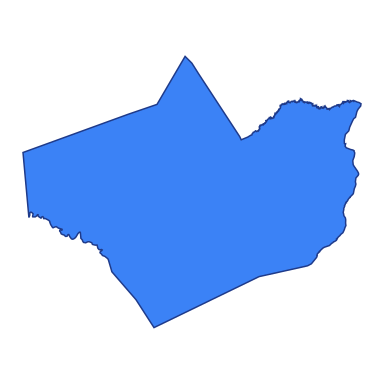 the district of Siavonga, Southern, Zambia
{"feature_id": "96606910B78484131600253", "entity_name": "Siavonga", "entity_type": "district", "adm_level": 2, "iso_a3": "ZMB", "parent_name": "Zambia", "parent_adm1": "Southern", "projection": "natural_earth1", "projection_center": [28.625, -16.409], "detail": "fine", "context": "isolated", "style": "filled", "palette": "blue", "viewbox_px": 384, "rotation_deg": 0, "n_neighbors": 0, "source": "geoboundaries", "source_scale": "gbopen_adm2", "svg_char_len": 5992}
<svg xmlns="http://www.w3.org/2000/svg" viewBox="0 0 384 384"><path d="M23.0,152.5L28.9,217.5L29.7,215.5L29.9,213.0L30.0,212.6L30.5,212.2L31.2,212.2L32.0,212.7L33.1,213.8L32.6,216.3L32.7,216.8L35.1,216.9L36.2,216.3L37.5,214.7L38.1,214.8L38.0,215.9L38.4,216.4L40.6,217.9L41.0,218.1L41.7,217.0L42.8,216.6L43.4,217.5L43.7,218.6L44.1,218.7L44.6,218.4L45.9,218.8L48.7,220.3L49.7,221.3L49.8,222.2L50.7,224.6L52.6,227.6L53.4,227.7L54.2,227.2L56.2,226.6L58.4,228.1L62.0,229.2L62.2,229.8L61.8,230.2L61.5,230.2L61.2,229.5L60.2,229.8L59.7,230.4L59.7,231.1L60.2,231.5L61.2,233.8L62.4,234.5L63.9,234.9L65.5,236.4L66.9,236.3L67.4,235.9L68.0,234.6L68.6,234.5L69.0,234.8L69.8,236.7L71.3,238.7L72.2,239.2L73.5,239.0L74.9,238.1L76.1,236.8L78.0,233.5L79.4,232.2L80.0,232.1L80.4,232.7L80.9,238.4L82.4,240.0L82.5,240.8L83.5,242.4L85.7,242.8L87.7,241.8L89.1,241.7L91.5,242.6L91.9,243.0L92.3,244.2L92.7,244.5L95.1,245.1L97.1,245.1L97.8,248.1L98.9,249.5L99.8,249.8L101.6,249.5L102.2,249.9L101.7,250.7L100.4,251.5L100.0,252.4L100.1,252.9L101.3,253.9L102.5,255.5L104.9,256.4L107.8,258.7L108.4,259.9L111.9,271.8L136.0,299.7L154.0,327.6L259.1,276.6L307.6,265.8L311.4,263.8L316.6,257.4L317.2,255.7L316.9,255.5L317.4,253.8L319.0,252.3L318.7,252.3L319.4,251.4L322.8,248.2L324.2,247.3L329.5,245.5L331.7,243.3L332.7,242.8L333.6,241.8L334.4,241.6L336.3,240.4L336.6,239.9L336.4,239.1L336.9,238.8L337.1,239.0L337.3,238.7L337.1,238.4L338.6,236.7L339.8,235.7L341.0,234.2L342.9,232.7L344.0,230.4L344.7,228.6L344.7,228.1L345.9,225.6L345.6,223.1L345.7,219.8L345.4,218.0L343.8,215.5L343.7,214.2L343.2,212.4L343.8,209.5L343.7,208.6L344.7,206.1L344.5,205.4L345.0,205.0L345.7,202.9L346.2,202.8L346.0,202.4L346.3,201.9L346.7,201.5L346.9,201.6L347.8,200.5L347.9,199.8L349.1,198.2L349.5,197.9L349.8,197.3L350.2,197.3L350.3,196.8L353.0,194.1L353.4,193.3L354.3,188.7L355.4,186.2L355.9,184.1L355.4,181.8L355.9,178.0L358.2,175.3L358.6,174.3L358.5,173.2L357.5,171.2L354.1,166.3L353.2,164.7L352.8,161.0L352.9,160.2L354.2,156.7L354.7,153.5L354.6,152.4L354.0,151.3L354.1,150.7L352.9,150.0L350.6,149.5L346.3,147.8L345.1,146.2L345.6,143.8L344.9,144.0L344.4,143.5L344.3,140.0L345.4,134.4L348.8,130.8L349.7,127.2L352.5,121.0L353.7,118.7L355.5,117.3L356.9,111.6L358.1,109.2L360.7,106.0L361.0,103.7L358.8,102.4L357.6,102.2L354.1,100.7L353.8,101.3L353.1,100.5L351.4,101.4L351.2,100.9L350.4,100.6L350.5,101.7L349.6,102.6L349.0,102.3L348.6,101.5L348.3,101.4L348.3,101.2L348.8,101.2L348.6,100.8L348.3,100.6L347.6,100.5L347.7,100.9L347.2,100.9L347.1,101.5L346.8,101.8L345.3,101.7L345.3,102.0L344.9,101.8L344.6,102.4L344.1,102.4L343.5,103.3L343.0,102.4L343.4,101.6L342.9,101.6L342.8,102.2L342.4,102.6L342.7,103.1L341.5,103.8L340.6,104.6L340.2,104.6L340.3,105.4L340.1,104.9L339.6,105.2L339.6,105.8L338.9,105.7L339.0,106.2L338.3,105.6L338.4,104.7L337.6,104.8L337.1,105.4L336.7,105.1L336.0,106.0L334.3,106.1L333.2,107.1L332.3,107.0L331.9,107.6L329.6,108.8L329.5,109.2L329.8,109.3L329.5,109.7L329.0,109.1L329.2,108.5L328.6,108.6L328.0,109.2L327.6,109.2L327.2,108.3L327.2,108.8L326.9,108.9L326.7,107.9L325.8,107.3L325.6,106.8L325.1,107.1L325.0,106.5L324.6,107.1L324.2,106.4L324.0,106.9L324.3,107.4L323.7,107.6L323.1,107.5L323.0,108.3L322.7,108.2L322.7,107.8L321.7,107.9L321.5,107.5L321.1,107.5L321.0,107.2L321.2,106.9L320.8,107.0L320.7,107.7L320.0,108.1L319.9,108.3L320.2,108.5L319.9,108.8L319.6,108.3L318.9,108.5L319.0,108.1L318.6,108.1L318.8,107.6L319.0,107.7L318.7,107.2L318.3,107.8L317.7,107.8L317.6,107.6L317.8,107.5L317.8,106.8L317.3,106.9L316.9,106.5L316.7,106.8L316.6,106.0L316.4,106.4L316.0,105.5L315.2,105.2L314.9,106.0L314.2,106.0L313.7,105.7L313.1,105.7L313.0,105.3L312.8,105.9L312.5,105.8L312.3,104.8L312.5,104.7L312.7,105.1L312.8,104.9L312.2,104.3L312.4,103.9L311.9,104.0L311.7,103.8L311.8,103.3L311.3,103.0L310.4,103.1L310.4,102.6L309.8,102.5L309.1,102.7L308.7,103.3L308.2,102.9L307.5,103.1L307.5,102.9L308.1,102.3L307.0,102.3L307.0,102.0L305.7,102.3L305.0,101.9L304.4,102.5L304.3,102.1L303.6,102.1L303.8,101.7L303.0,101.3L302.6,100.7L302.1,100.4L301.6,100.5L301.6,99.8L301.3,99.6L301.7,99.3L301.0,98.9L301.2,99.5L300.9,99.8L300.7,99.5L300.5,99.2L300.2,99.3L300.5,100.0L300.1,100.4L299.5,100.5L299.4,101.2L299.0,100.8L298.5,101.5L298.5,101.9L297.9,101.9L297.5,102.3L297.1,102.1L296.7,102.7L295.6,102.4L295.9,102.0L295.6,101.8L294.9,101.9L294.9,101.3L294.7,101.5L294.2,100.8L294.0,101.2L293.0,101.2L292.7,101.7L292.0,101.3L291.2,101.5L290.1,102.8L289.4,102.5L288.7,101.6L288.8,101.2L288.5,101.1L288.4,102.2L287.7,101.8L287.7,102.1L287.0,102.3L286.9,102.7L286.8,102.4L286.6,102.6L286.7,103.1L286.6,103.4L285.8,103.3L285.4,104.1L284.2,104.4L284.3,103.5L283.0,104.2L282.7,104.3L282.5,104.0L282.2,104.3L281.9,104.2L281.6,105.0L280.4,105.2L280.4,106.1L280.7,106.2L280.6,106.5L280.2,106.4L280.5,107.5L280.3,108.2L280.1,108.2L279.6,109.1L279.0,109.1L278.9,109.4L279.2,109.4L279.2,109.6L279.1,110.0L278.8,110.1L278.6,110.7L278.4,110.4L278.3,110.7L277.9,110.9L277.3,111.7L277.4,112.3L277.2,112.7L276.6,112.8L276.4,112.5L276.1,112.9L276.2,113.2L275.9,113.5L275.0,113.3L275.0,114.3L275.1,114.2L275.5,114.3L275.1,114.7L274.8,114.7L274.7,115.4L274.0,116.8L273.8,117.0L273.6,116.8L273.5,117.2L273.9,117.6L273.8,117.8L273.0,117.8L272.7,118.4L271.6,118.4L271.4,117.9L271.6,117.8L271.1,117.4L271.0,118.3L271.3,118.5L270.9,118.8L270.3,117.5L269.6,118.4L269.2,117.8L268.7,118.8L268.0,119.1L266.7,120.8L266.3,120.5L266.5,120.2L265.8,120.6L266.0,121.4L266.4,121.1L266.5,121.6L265.5,122.5L265.3,123.2L264.7,123.6L264.5,123.3L264.3,123.6L263.3,123.8L263.3,124.4L263.6,124.4L263.2,124.9L262.2,124.6L261.9,125.0L261.2,125.0L260.8,125.6L260.4,125.5L260.4,125.2L259.9,125.4L259.8,126.6L259.2,127.0L259.8,128.2L259.7,128.8L259.5,128.7L259.1,129.2L259.0,129.9L258.8,130.1L258.8,130.4L258.5,130.8L258.3,130.4L256.8,131.6L255.7,130.8L255.4,130.9L254.6,131.8L253.3,132.3L253.3,132.6L252.3,133.5L251.8,135.0L250.8,135.2L247.7,137.1L241.2,139.8L239.7,136.6L198.6,73.8L191.9,63.2L185.1,56.4L157.0,104.4L128.1,114.3L23.0,152.5Z" fill="#3b82f6" stroke="#1e3a8a" stroke-width="1.5"/></svg>